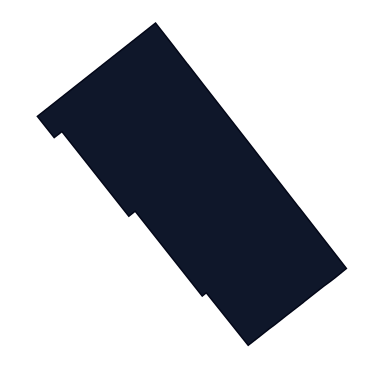 Sioux, Nebraska, United States of America (Albers equal-area conic projection), rotated 142°
{"feature_id": "52423323B6299370365207", "entity_name": "Sioux", "entity_type": "district", "adm_level": 2, "iso_a3": "USA", "parent_name": "United States of America", "parent_adm1": "Nebraska", "projection": "albers", "projection_center": [-103.851, 42.502], "detail": "fine", "context": "isolated", "style": "filled", "palette": "ink", "viewbox_px": 384, "rotation_deg": 142, "n_neighbors": 0, "source": "geoboundaries", "source_scale": "gbopen_adm2", "svg_char_len": 662}
<svg xmlns="http://www.w3.org/2000/svg" viewBox="0 0 384 384"><g transform="rotate(142 192 192)"><path d="M117.2,157.7L117.2,157.8L117.2,158.0L117.0,192.5L116.9,267.8L116.9,270.3L116.8,295.1L116.9,296.2L116.8,305.4L116.8,306.5L116.8,309.2L116.7,320.4L116.7,324.8L116.7,341.3L116.7,343.0L116.7,347.6L267.3,346.8L267.1,319.7L257.3,319.7L256.7,211.8L248.6,211.9L248.0,103.7L242.8,103.8L242.1,36.6L241.9,36.6L225.9,36.6L225.7,36.6L216.3,36.7L208.5,36.5L194.3,36.6L171.8,36.5L171.4,36.6L146.6,36.7L137.1,36.4L131.5,36.4L117.4,36.7L117.2,113.3L117.3,114.7L117.2,145.8L117.2,150.8L117.2,151.8L117.2,157.7Z" fill="#0f172a" stroke="#020617" stroke-width="1.5"/></g></svg>